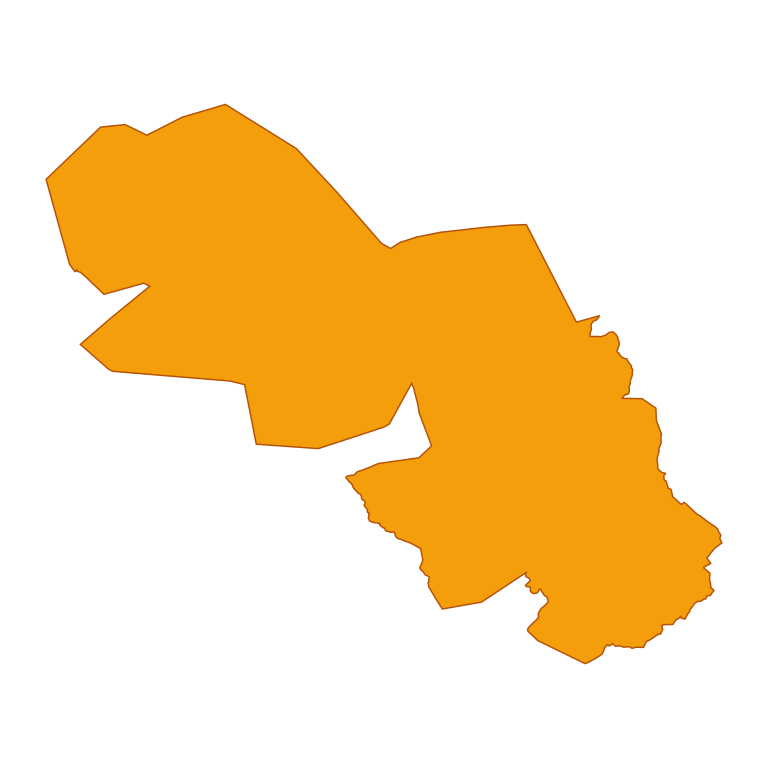 the district of Tlalixtaquilla de Maldonado, Guerrero, Mexico
{"feature_id": "50627088B67184194855062", "entity_name": "Tlalixtaquilla de Maldonado", "entity_type": "district", "adm_level": 2, "iso_a3": "MEX", "parent_name": "Mexico", "parent_adm1": "Guerrero", "projection": "orthographic", "projection_center": [-98.386, 17.568], "detail": "fine", "context": "isolated", "style": "filled", "palette": "amber", "viewbox_px": 768, "rotation_deg": 0, "n_neighbors": 0, "source": "geoboundaries", "source_scale": "gbopen_adm2", "svg_char_len": 5955}
<svg xmlns="http://www.w3.org/2000/svg" viewBox="0 0 768 768"><path d="M108.4,369.0L110.4,370.1L112.5,371.3L229.9,381.0L244.6,384.6L256.3,444.2L318.3,448.6L370.2,431.6L384.5,426.8L389.3,424.0L411.7,383.3L413.5,387.6L417.8,404.2L419.2,413.0L431.6,445.9L418.8,457.8L378.4,463.5L367.9,468.0L366.0,468.7L361.8,470.3L359.1,471.1L357.4,471.8L355.5,473.5L354.8,474.5L354.0,475.0L352.2,475.2L349.8,475.5L346.5,476.5L345.9,477.2L346.0,477.8L346.5,478.5L346.8,478.9L347.3,479.4L348.0,480.2L349.2,481.7L350.0,482.6L350.9,483.3L351.3,483.5L351.8,484.2L352.4,485.3L352.7,486.2L353.1,487.3L353.7,488.2L354.4,489.1L355.3,490.1L355.9,490.6L356.8,491.2L357.0,491.9L357.4,492.6L358.1,493.2L358.7,493.5L359.9,493.9L360.7,494.9L361.4,495.9L361.5,496.6L361.5,497.2L361.6,498.6L362.0,499.4L362.7,500.0L363.3,500.2L364.0,500.6L364.5,501.0L365.0,502.0L365.0,502.4L365.1,503.6L364.9,504.1L364.5,504.4L364.2,504.9L364.2,505.5L364.7,506.2L365.0,506.7L365.9,507.8L366.4,508.4L367.0,509.0L367.5,509.5L367.4,510.3L367.3,510.7L367.2,511.1L367.3,511.7L367.5,512.2L367.8,512.6L368.1,512.7L368.5,512.6L368.8,512.5L369.1,512.7L369.2,513.0L369.2,513.4L369.0,513.8L369.0,514.4L368.6,516.0L368.5,517.4L368.4,518.2L368.6,518.7L368.8,518.9L369.1,519.3L369.3,519.8L369.3,520.5L369.3,520.8L369.6,521.0L370.7,521.3L371.8,522.0L372.6,522.3L374.0,522.6L375.2,522.8L376.6,522.8L377.2,523.0L377.6,523.2L378.1,523.3L379.4,523.4L379.9,523.5L380.0,523.7L380.0,524.1L379.8,524.6L379.8,525.1L380.0,525.3L380.5,525.8L381.1,526.1L381.6,526.4L382.0,526.7L382.3,527.2L382.4,527.4L382.8,527.7L384.0,527.9L384.5,528.1L384.9,528.7L385.1,529.6L385.2,530.1L385.6,530.6L385.9,530.9L386.7,531.3L387.4,531.4L387.9,531.3L388.3,531.1L388.8,531.2L389.1,531.3L389.4,531.7L389.4,532.0L389.6,532.2L390.0,532.3L390.3,532.3L390.8,532.1L391.4,532.1L391.9,532.1L392.8,532.1L393.6,532.1L394.1,532.3L394.4,532.6L394.7,533.2L394.9,534.0L395.1,534.7L395.7,536.3L396.7,537.6L398.2,538.7L401.0,539.3L402.4,540.2L404.0,540.6L405.5,541.4L407.0,541.8L408.1,542.0L409.3,542.7L411.8,543.7L420.7,548.7L421.4,552.7L422.8,559.9L422.8,560.1L422.4,561.0L422.0,562.3L421.8,563.2L421.3,564.5L420.1,566.6L419.9,567.4L419.9,568.0L420.0,568.5L420.3,569.0L420.6,569.4L421.2,570.0L422.8,571.5L423.6,572.2L424.0,573.2L424.6,574.2L425.4,575.0L426.1,575.4L426.6,575.4L427.0,575.5L427.3,575.7L427.8,576.1L428.7,576.9L429.2,577.3L429.4,577.6L429.4,577.9L429.3,578.5L428.9,579.2L428.8,579.6L428.8,580.0L428.8,581.1L428.8,581.6L428.7,581.9L428.2,582.4L428.0,582.7L429.0,587.3L435.5,598.1L442.3,609.0L481.5,602.1L525.1,573.2L526.0,572.6L525.7,574.4L525.6,575.6L525.6,576.1L525.9,576.5L526.3,576.8L526.9,577.2L527.5,577.5L528.5,577.9L529.2,578.6L529.5,578.9L529.6,579.3L530.2,580.8L525.5,585.2L526.1,586.4L526.6,586.6L528.0,586.8L529.0,586.8L529.7,587.0L530.2,587.6L530.4,588.3L530.3,590.2L530.4,591.1L530.7,591.6L531.2,592.0L531.7,592.4L532.8,593.2L533.6,593.5L534.8,593.4L536.0,593.3L537.0,592.9L537.6,592.5L538.8,590.4L539.1,589.7L539.3,589.2L539.8,589.0L540.1,589.2L540.5,589.7L544.3,595.3L544.9,595.9L545.7,596.3L546.4,596.6L546.7,596.9L547.2,597.8L547.5,599.1L548.2,600.9L548.2,601.4L548.0,601.8L547.2,602.9L545.8,604.7L544.6,605.7L543.7,606.5L542.5,607.3L541.3,608.5L540.2,610.0L539.8,610.7L539.0,612.2L538.2,613.8L538.7,616.7L538.1,617.7L537.5,618.6L535.8,620.5L533.1,622.9L530.4,625.6L529.0,627.2L527.7,628.9L527.6,630.0L527.8,630.8L528.2,631.5L537.2,640.0L537.8,640.6L585.0,663.6L587.3,662.8L595.8,658.3L602.2,654.0L605.2,647.0L607.5,644.8L609.2,645.9L612.6,643.8L615.6,646.3L619.5,645.7L623.7,647.2L629.2,646.7L632.1,648.3L636.5,647.2L642.7,647.4L643.5,647.4L646.3,641.6L649.6,640.1L657.7,634.6L657.9,634.6L660.7,633.8L662.8,629.1L661.7,625.8L663.5,624.7L672.9,624.4L675.6,620.2L677.5,619.2L680.7,616.6L681.1,618.0L682.0,618.2L684.9,619.1L685.7,617.8L687.9,613.5L688.6,613.1L689.6,611.7L690.1,609.4L691.3,608.1L694.9,603.1L697.7,601.4L699.5,601.5L701.4,600.7L704.1,599.1L705.7,598.9L707.2,595.9L708.4,595.6L710.2,595.5L711.9,593.2L713.9,590.4L710.5,587.2L710.8,586.5L710.5,583.9L709.5,579.6L710.0,573.2L707.7,571.3L704.0,568.2L703.7,567.3L710.7,563.5L706.9,557.9L714.3,548.6L721.9,542.9L719.8,538.6L720.8,535.2L720.1,534.0L718.3,531.0L717.7,529.0L715.2,526.8L706.6,520.9L699.7,515.6L697.1,514.3L686.7,504.5L684.2,502.4L681.5,504.3L680.5,503.8L672.9,496.9L672.4,495.6L671.1,489.5L668.2,488.0L666.5,482.4L666.1,481.2L664.6,480.2L664.1,479.8L664.0,477.8L663.7,476.1L665.5,473.6L664.1,472.8L662.3,472.8L658.0,469.1L657.5,462.6L657.0,461.1L657.3,457.8L659.0,451.3L659.0,448.2L661.2,442.7L660.8,438.3L661.5,433.9L658.5,426.3L656.4,420.4L655.9,408.2L654.8,407.4L642.1,398.7L625.7,398.4L622.4,398.4L623.7,396.0L625.8,394.6L627.4,394.3L628.8,393.4L629.1,391.6L629.3,389.8L629.2,387.9L629.0,386.5L629.6,385.0L630.3,383.9L630.4,382.1L630.5,380.0L631.4,378.0L632.0,376.1L632.3,374.6L632.3,373.3L632.4,371.6L632.6,370.4L632.5,369.1L631.5,368.1L631.3,367.9L631.5,367.0L631.4,365.7L630.4,364.6L629.6,363.7L628.6,362.2L627.8,361.0L626.7,358.8L624.8,358.6L623.4,357.7L622.0,357.3L619.8,354.9L619.3,353.7L618.5,352.8L617.4,352.2L617.0,350.8L617.6,349.2L618.4,347.0L618.9,345.8L619.2,344.4L619.0,341.2L618.3,340.1L618.0,339.6L617.9,337.8L617.2,336.6L616.2,334.8L615.0,333.6L613.4,332.1L611.9,332.1L609.0,332.5L607.2,333.8L605.7,335.1L603.0,336.0L600.6,336.8L598.5,336.5L590.0,336.5L590.0,336.1L590.1,333.4L590.4,332.5L591.4,329.6L591.4,328.4L590.9,326.7L591.4,324.0L592.7,322.1L593.6,320.9L596.0,320.2L597.6,318.6L598.7,317.5L599.1,315.8L576.4,322.2L537.3,246.0L526.3,224.6L510.1,225.2L486.1,227.2L485.5,227.2L485.0,227.3L440.3,232.3L437.5,232.9L416.8,237.0L403.5,241.3L403.2,241.4L400.4,242.3L390.5,248.5L382.5,243.9L382.3,243.8L381.3,243.2L336.7,192.0L296.6,148.8L272.3,133.6L225.4,104.4L182.3,117.2L178.7,119.0L146.9,135.2L125.1,124.6L100.6,127.1L46.1,179.3L69.6,264.4L74.9,271.6L75.4,271.3L76.9,269.8L77.1,271.3L80.5,272.3L86.2,277.3L103.9,294.3L143.8,283.2L149.8,286.2L111.5,317.5L80.4,344.4L108.4,369.0Z" fill="#f59e0b" stroke="#b45309" stroke-width="1.5"/></svg>